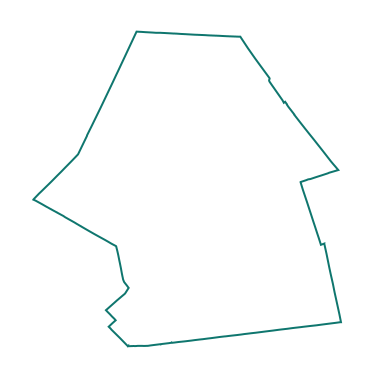 Sandra, Timis, Romania (Albers equal-area conic projection), rotated 274°
{"feature_id": "2599482B18358712742029", "entity_name": "Sandra", "entity_type": "district", "adm_level": 2, "iso_a3": "ROU", "parent_name": "Romania", "parent_adm1": "Timis", "projection": "albers", "projection_center": [20.888, 45.925], "detail": "fine", "context": "isolated", "style": "outline", "palette": "teal", "viewbox_px": 384, "rotation_deg": 274, "n_neighbors": 0, "source": "geoboundaries", "source_scale": "gbopen_adm2", "svg_char_len": 2881}
<svg xmlns="http://www.w3.org/2000/svg" viewBox="0 0 384 384"><g transform="rotate(274 192 192)"><path d="M149.5,327.6L149.8,327.6L148.3,324.3L155.1,321.6L159.7,319.7L165.9,317.2L171.0,315.1L178.2,312.2L185.1,309.4L189.8,307.5L195.1,305.3L202.1,302.4L209.4,299.6L209.5,299.6L211.9,305.4L212.7,307.0L213.2,309.2L215.6,315.0L217.5,319.8L220.1,326.2L220.8,327.5L222.2,331.3L224.1,336.4L226.7,333.9L229.5,331.1L232.3,328.4L238.9,322.5L242.9,318.9L249.5,312.9L254.0,308.8L258.3,304.8L263.1,300.4L270.4,293.8L276.2,288.6L276.4,288.7L283.7,282.2L285.2,281.0L285.9,280.5L286.1,280.6L288.5,278.6L287.4,277.4L289.8,275.9L293.4,273.0L298.7,268.7L304.5,264.0L307.4,261.7L308.1,261.3L308.9,261.1L309.7,261.3L310.3,261.5L310.8,261.5L311.8,260.7L317.1,256.2L323.6,250.7L329.4,245.8L332.6,243.2L339.4,237.7L347.1,231.8L350.1,229.5L350.3,229.4L350.2,227.6L349.9,218.1L349.8,214.2L349.7,207.2L349.6,204.2L349.4,197.1L349.4,194.2L349.2,186.8L349.1,183.8L349.0,176.0L349.0,174.7L348.9,170.0L348.9,165.0L348.8,162.4L348.7,154.5L348.6,149.5L348.3,144.9L348.3,141.3L348.2,134.4L348.2,130.5L348.1,125.5L324.0,116.2L306.7,109.5L303.7,108.3L295.4,105.1L269.3,94.8L253.0,88.2L251.5,87.6L241.1,83.3L240.6,83.3L230.1,79.1L221.6,75.7L213.8,69.2L207.5,63.8L203.1,60.1L199.0,56.5L192.8,51.2L186.5,45.6L182.0,41.6L179.6,39.4L173.7,34.5L173.3,34.3L172.5,36.5L169.4,43.2L167.4,47.3L164.2,54.2L160.3,62.7L159.4,64.7L159.1,65.4L158.1,67.0L156.0,71.4L153.3,77.1L152.2,79.2L148.1,87.5L145.6,92.6L143.2,97.6L141.8,100.6L138.1,108.6L136.7,111.5L134.8,115.3L132.8,119.8L132.6,120.1L132.4,120.2L132.0,120.3L127.7,121.7L123.7,122.9L118.9,124.2L116.1,125.0L111.0,126.4L105.9,127.7L103.0,128.5L101.7,128.9L100.5,129.2L99.9,129.4L98.4,130.1L97.6,130.5L97.2,130.8L93.9,133.8L92.7,134.8L91.9,135.5L89.7,134.3L86.2,132.4L85.5,131.8L83.0,129.2L78.6,124.7L74.5,120.7L69.7,116.0L68.1,114.4L66.8,115.8L64.3,118.7L62.3,120.8L60.1,123.4L58.7,124.8L55.5,121.7L51.8,118.3L50.1,120.3L49.1,121.2L41.3,130.3L35.3,137.0L33.7,138.8L33.9,139.0L33.7,139.0L34.1,142.7L34.3,144.5L34.3,145.8L34.4,146.8L34.7,148.4L34.7,148.8L34.9,151.0L35.1,154.8L35.3,157.2L35.4,158.2L35.6,159.4L36.0,161.1L36.6,164.1L36.9,165.6L37.6,169.2L38.0,171.2L37.8,171.5L38.1,171.8L38.4,173.2L39.6,179.5L40.0,181.2L40.1,181.9L40.5,182.2L40.2,182.8L40.6,185.0L41.4,188.9L42.5,195.2L42.9,197.3L43.8,202.0L44.4,204.8L45.4,210.0L45.9,212.9L47.0,218.3L47.5,221.0L48.3,224.9L48.9,227.8L49.2,229.2L50.1,234.0L50.4,235.9L51.0,238.9L51.7,242.7L52.4,246.6L53.3,251.2L53.9,253.9L54.5,257.1L55.3,261.2L56.1,265.6L56.8,269.1L58.1,275.6L58.9,279.7L59.4,282.3L60.5,287.6L60.8,289.1L62.2,296.6L63.2,301.4L63.7,304.0L64.9,310.5L65.2,311.9L66.5,318.8L67.7,325.5L68.7,330.3L70.0,336.8L70.3,338.3L71.6,344.9L72.4,348.7L72.5,349.7L80.2,347.6L88.4,345.2L93.5,343.7L102.0,341.2L110.1,339.0L119.7,336.1L126.3,334.2L139.7,330.5L149.5,327.6Z" fill="none" stroke="#0f766e" stroke-width="2"/></g></svg>